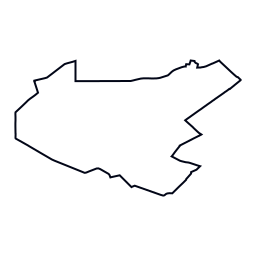 the district of Baloži, Kekavas, Latvia
{"feature_id": "27541924B31221481282292", "entity_name": "Baloži", "entity_type": "district", "adm_level": 2, "iso_a3": "LVA", "parent_name": "Latvia", "parent_adm1": "Kekavas", "projection": "equal_earth", "projection_center": [24.137, 56.87], "detail": "fine", "context": "isolated", "style": "outline", "palette": "ink", "viewbox_px": 256, "rotation_deg": 0, "n_neighbors": 0, "source": "geoboundaries", "source_scale": "gbopen_adm2", "svg_char_len": 2691}
<svg xmlns="http://www.w3.org/2000/svg" viewBox="0 0 256 256"><path d="M34.5,80.6L34.7,81.3L34.3,81.4L34.7,82.5L38.0,92.7L36.7,93.8L35.1,95.1L33.5,96.3L30.1,98.7L28.0,100.4L26.7,101.7L26.2,102.2L21.6,106.6L15.5,112.3L15.4,113.6L15.5,117.2L15.5,120.5L15.4,123.2L15.4,125.3L15.4,126.2L15.5,132.8L15.5,133.4L15.6,133.6L15.5,138.0L15.7,138.5L16.3,138.9L26.8,144.8L27.2,145.0L28.7,145.9L29.1,146.2L30.0,146.7L40.9,153.1L51.9,159.5L54.8,160.8L82.6,172.0L84.5,172.8L85.8,172.7L87.4,172.1L88.8,171.5L96.6,168.5L98.4,168.4L100.2,169.1L108.6,173.9L109.5,175.0L110.4,177.4L111.1,177.2L119.7,175.3L131.5,187.1L132.0,186.8L134.7,185.7L135.0,185.8L160.8,194.9L162.9,195.5L163.7,195.5L164.4,195.3L166.0,194.0L166.6,193.7L167.6,193.4L169.4,193.2L172.0,193.3L172.3,193.3L179.3,186.4L182.9,183.0L186.1,179.8L186.2,179.1L190.9,173.8L191.1,173.4L191.1,172.1L196.5,169.7L200.1,166.2L197.4,165.4L189.9,162.9L188.3,162.5L185.6,162.2L181.5,161.2L179.9,160.7L171.7,156.4L171.8,156.3L173.1,154.6L174.9,152.1L177.1,149.3L179.9,145.8L180.2,145.5L180.1,145.4L193.9,138.3L201.1,134.7L201.4,134.5L198.9,132.9L197.0,131.2L193.6,128.0L193.0,127.3L188.6,123.4L185.6,120.7L185.2,120.3L186.4,119.4L188.5,117.9L189.4,117.3L192.3,115.2L193.6,114.3L194.4,113.7L199.2,110.3L199.8,109.9L200.7,109.3L202.5,108.0L202.9,107.7L205.0,106.2L206.6,105.1L207.2,104.6L208.1,104.0L208.8,103.5L209.7,102.9L211.4,101.7L212.0,101.2L212.7,100.7L214.0,99.9L214.3,99.6L215.4,98.8L215.8,98.5L216.9,97.8L217.8,97.1L218.0,97.0L218.2,96.9L218.3,96.8L218.8,96.4L219.3,96.1L219.9,95.7L220.1,95.5L220.9,95.0L221.7,94.4L222.6,93.8L223.4,93.2L223.6,93.1L224.1,92.7L225.0,92.0L226.0,91.4L227.4,90.4L227.8,90.1L229.3,88.9L229.7,89.1L229.9,89.0L230.4,88.5L231.4,87.7L232.6,86.7L233.5,86.0L234.0,85.6L234.5,85.1L234.8,84.9L240.6,80.2L240.6,79.7L240.2,79.4L238.2,77.5L237.8,77.1L236.6,76.8L235.0,75.4L234.4,74.9L231.3,72.1L226.2,67.3L220.2,61.7L219.2,60.5L218.4,60.9L212.6,63.5L212.4,63.6L212.1,63.6L209.9,64.6L208.8,65.1L206.1,66.3L203.6,67.0L202.0,67.2L200.5,67.5L200.1,67.5L197.2,67.6L197.5,66.4L197.6,65.9L197.8,65.1L198.0,64.2L197.3,63.7L196.5,63.3L196.0,63.1L195.6,62.9L194.6,61.8L194.5,61.0L190.7,60.5L190.1,62.5L189.9,62.8L189.9,63.0L189.4,64.4L186.2,64.2L185.8,65.9L185.7,66.5L185.3,66.4L183.6,66.7L181.7,67.2L175.8,69.4L173.5,70.5L171.6,71.9L170.9,72.6L168.8,74.6L167.8,75.4L160.2,77.8L158.7,78.1L156.3,78.4L155.5,78.4L152.0,78.5L150.3,78.4L146.7,78.3L143.9,78.3L140.8,78.6L135.6,79.8L133.3,80.4L130.7,81.0L99.1,81.1L98.1,81.1L87.0,81.1L75.5,81.1L75.5,65.5L75.5,64.9L75.5,61.2L75.5,60.9L72.7,61.8L67.1,63.3L64.6,64.1L55.2,71.3L52.1,73.7L50.1,75.2L47.1,77.5L46.2,77.8L44.8,78.2L35.7,80.3L34.5,80.6Z" fill="none" stroke="#020617" stroke-width="2"/></svg>